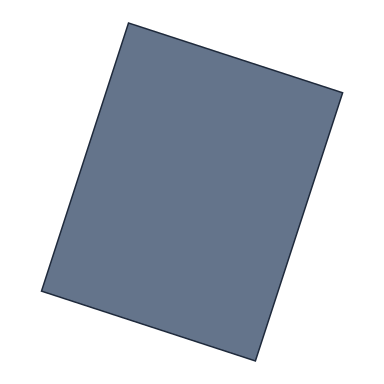 Chickasaw, Iowa, United States of America, rotated 288°
{"feature_id": "52423323B57117017215517", "entity_name": "Chickasaw", "entity_type": "district", "adm_level": 2, "iso_a3": "USA", "parent_name": "United States of America", "parent_adm1": "Iowa", "projection": "robinson", "projection_center": [-92.239, 43.06], "detail": "fine", "context": "isolated", "style": "filled", "palette": "slate", "viewbox_px": 384, "rotation_deg": 288, "n_neighbors": 0, "source": "geoboundaries", "source_scale": "gbopen_adm2", "svg_char_len": 239}
<svg xmlns="http://www.w3.org/2000/svg" viewBox="0 0 384 384"><g transform="rotate(288 192 192)"><path d="M333.0,175.2L333.1,79.4L51.2,79.5L50.9,304.5L332.9,304.6L333.0,175.2Z" fill="#64748b" stroke="#1e293b" stroke-width="1.5"/></g></svg>